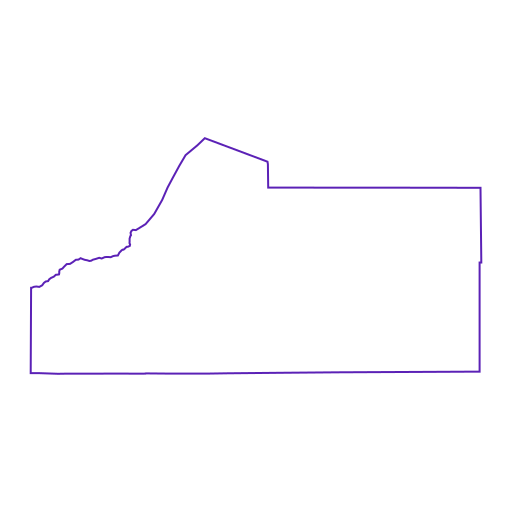 Las Animas, Colorado, United States of America
{"feature_id": "52423323B39140554867058", "entity_name": "Las Animas", "entity_type": "district", "adm_level": 2, "iso_a3": "USA", "parent_name": "United States of America", "parent_adm1": "Colorado", "projection": "equal_earth", "projection_center": [-104.663, 37.405], "detail": "fine", "context": "isolated", "style": "outline", "palette": "violet", "viewbox_px": 512, "rotation_deg": 0, "n_neighbors": 0, "source": "geoboundaries", "source_scale": "gbopen_adm2", "svg_char_len": 1263}
<svg xmlns="http://www.w3.org/2000/svg" viewBox="0 0 512 512"><path d="M204.8,138.2L197.5,145.2L185.6,155.1L179.3,165.8L173.0,177.4L167.6,187.5L162.2,199.9L154.2,214.0L145.6,224.1L135.9,230.1L132.9,229.8L131.4,231.0L130.6,232.7L130.7,233.8L131.0,235.2L130.3,236.2L129.6,238.6L129.6,241.7L129.5,243.1L130.1,244.5L129.8,245.9L127.8,246.8L126.7,246.8L126.1,247.3L124.5,248.9L123.5,249.7L122.5,249.7L121.4,250.5L121.0,251.0L119.4,252.6L117.9,255.5L115.0,255.7L113.1,256.1L110.7,257.2L108.3,257.0L106.1,257.0L104.6,257.2L101.7,258.5L99.2,257.8L95.9,258.9L92.9,259.7L91.2,260.7L89.4,261.0L87.3,260.3L84.7,259.8L82.5,259.0L80.6,258.2L78.5,259.6L75.8,259.8L73.1,261.9L70.0,263.9L66.7,264.1L63.9,266.9L62.4,268.6L59.7,269.7L59.2,271.7L59.3,272.9L59.0,274.4L57.9,274.6L55.8,274.8L53.9,276.6L52.0,277.5L51.2,277.8L49.2,279.3L48.1,281.1L45.7,281.5L43.9,282.9L42.2,285.3L39.3,286.9L36.3,286.5L34.0,286.8L31.7,287.8L31.1,287.8L30.7,373.1L34.8,373.1L38.1,373.1L58.0,373.8L64.2,373.7L122.5,373.6L141.4,373.7L145.6,373.6L145.8,373.4L168.7,373.6L207.8,373.6L226.9,373.3L279.6,372.8L338.9,372.3L339.2,372.3L464.4,371.7L479.6,371.7L479.6,262.5L481.3,262.5L480.5,187.8L409.5,187.7L268.2,187.6L267.9,164.2L267.5,161.7L204.8,138.2Z" fill="none" stroke="#5b21b6" stroke-width="2"/></svg>